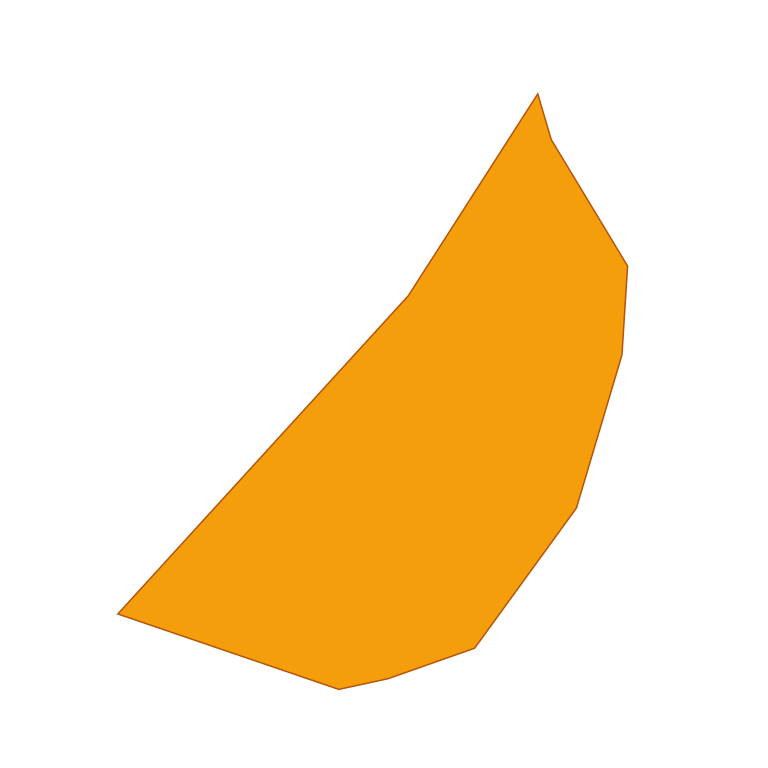 Port of Spain, orthographic projection, rotated 98°
{"feature_id": "TTO-64", "entity_name": "Port of Spain", "entity_type": "City", "adm_level": 1, "iso_a3": "TTO", "parent_name": "Trinidad and Tobago", "parent_adm1": "", "projection": "orthographic", "projection_center": [-61.515, 10.657], "detail": "fine", "context": "isolated", "style": "filled", "palette": "amber", "viewbox_px": 768, "rotation_deg": 98, "n_neighbors": 0, "source": "natural_earth", "source_scale": "10m", "svg_char_len": 301}
<svg xmlns="http://www.w3.org/2000/svg" viewBox="0 0 768 768"><g transform="rotate(98 384 384)"><path d="M648.8,615.6L293.2,372.2L75.3,272.1L118.7,252.4L233.3,159.2L322.1,152.4L480.1,176.2L633.0,257.5L675.2,338.9L692.7,386.3L648.8,615.6Z" fill="#f59e0b" stroke="#b45309" stroke-width="1.5"/></g></svg>